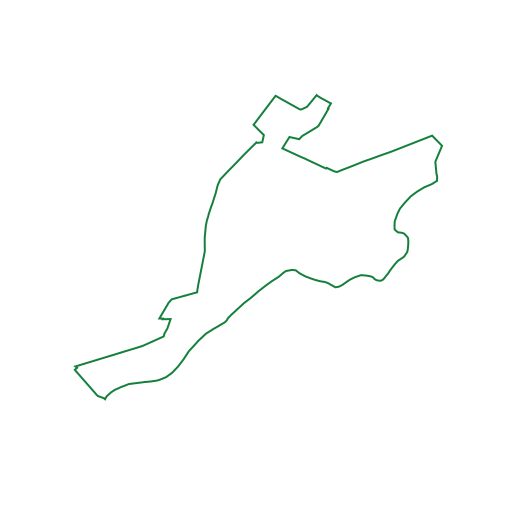 outline of Mazsalaca, Mazsalacas, Latvia, rotated 317°
{"feature_id": "27541924B66896474397363", "entity_name": "Mazsalaca", "entity_type": "district", "adm_level": 2, "iso_a3": "LVA", "parent_name": "Latvia", "parent_adm1": "Mazsalacas", "projection": "natural_earth1", "projection_center": [25.053, 57.863], "detail": "fine", "context": "isolated", "style": "outline", "palette": "green", "viewbox_px": 512, "rotation_deg": 317, "n_neighbors": 0, "source": "geoboundaries", "source_scale": "gbopen_adm2", "svg_char_len": 3655}
<svg xmlns="http://www.w3.org/2000/svg" viewBox="0 0 512 512"><g transform="rotate(317 256 256)"><path d="M439.7,324.5L443.1,320.9L443.5,320.1L443.5,319.7L451.4,309.4L467.2,302.3L467.2,300.8L466.9,288.1L427.2,272.4L426.0,271.9L415.7,267.4L405.3,263.0L403.4,262.1L401.5,261.3L401.0,261.1L400.6,260.9L399.4,260.4L399.0,260.2L394.3,258.4L391.2,257.2L385.6,255.0L384.6,254.6L378.7,252.2L372.5,249.8L371.8,248.8L370.9,247.4L367.8,239.7L366.9,239.8L366.6,239.1L366.3,238.4L365.1,235.6L364.0,232.7L363.1,230.5L362.2,228.3L360.8,224.8L359.4,221.3L358.0,217.7L356.2,213.7L354.3,209.1L353.5,207.1L351.3,201.7L351.2,201.5L351.1,201.3L351.0,201.0L350.9,200.7L350.1,198.8L349.3,196.8L349.0,196.0L348.7,195.3L350.1,194.9L355.2,193.5L361.6,191.8L366.5,198.9L366.8,199.3L367.1,199.8L367.4,200.1L369.6,199.9L371.9,199.8L388.9,203.4L390.1,203.4L390.3,203.5L390.6,203.4L391.6,203.1L392.7,202.8L399.4,200.8L408.6,198.0L409.4,197.8L409.2,197.2L409.4,197.1L409.6,197.0L412.3,196.3L414.9,195.5L414.1,193.5L413.2,190.5L413.0,190.1L412.9,189.8L412.4,188.2L411.9,186.7L411.5,185.7L411.2,184.7L410.7,182.8L410.2,181.0L410.1,180.4L410.1,179.7L409.3,179.8L399.1,181.2L396.7,181.5L395.1,181.7L389.5,179.9L388.7,179.4L388.0,178.5L381.8,159.3L379.6,152.2L378.9,152.3L355.2,156.4L343.7,158.4L343.9,164.6L343.9,165.9L344.2,172.9L341.2,175.0L338.1,177.1L335.9,175.5L333.8,173.8L333.7,173.5L333.7,173.2L332.2,173.3L330.7,173.3L329.0,173.4L327.4,173.4L318.3,173.7L315.8,173.8L313.6,173.9L303.1,174.5L298.1,174.7L293.2,174.9L286.8,175.3L282.0,175.6L279.2,176.9L277.2,177.7L276.6,177.9L273.0,180.2L269.3,182.6L259.3,188.2L259.0,188.3L258.8,188.5L257.8,188.9L256.8,189.4L250.2,193.0L249.4,193.5L248.6,194.1L248.1,194.4L247.6,194.7L247.3,194.9L247.0,195.0L244.6,196.3L239.8,199.8L230.9,207.7L225.9,213.1L222.4,217.0L220.9,218.3L215.5,222.2L203.9,230.6L195.3,236.8L190.8,240.2L188.2,242.4L164.8,230.2L160.2,230.6L143.4,235.6L142.7,235.8L145.2,238.3L144.6,238.6L150.5,243.9L141.7,248.6L136.1,250.3L133.7,251.9L111.6,244.4L95.4,236.5L49.4,214.0L48.6,213.6L48.9,215.8L45.8,215.7L44.9,246.5L44.8,247.4L44.8,250.3L46.9,254.6L47.8,256.2L47.9,257.8L51.0,256.8L57.0,256.9L61.4,257.6L62.1,257.8L65.9,259.2L67.9,259.8L71.7,261.4L75.6,262.9L80.4,266.3L81.0,266.8L83.8,268.8L86.4,270.7L88.6,272.2L90.7,273.9L94.0,276.4L99.0,279.8L101.8,281.1L102.6,281.4L107.6,283.3L115.3,284.2L123.5,283.7L127.6,283.0L133.3,282.0L142.1,279.8L150.9,279.2L156.0,278.7L166.3,278.7L166.5,278.7L169.8,279.3L173.1,280.0L175.2,280.3L176.6,280.7L179.6,281.4L187.0,283.0L187.5,283.2L190.5,283.2L193.3,282.3L196.8,282.2L198.3,282.1L200.4,282.2L201.8,282.2L205.8,282.2L206.3,282.2L213.9,282.3L214.3,282.2L222.4,283.0L227.9,283.3L233.6,283.5L238.4,283.9L243.2,284.3L246.2,284.7L249.1,285.1L249.7,285.1L258.4,286.7L262.7,286.9L263.8,286.9L264.6,287.0L267.6,287.4L272.8,290.7L275.0,293.2L275.3,293.5L276.0,298.1L276.5,299.7L277.2,301.7L278.0,304.0L278.2,304.5L278.6,305.5L279.6,307.3L280.3,308.9L281.1,310.4L281.9,311.8L282.1,312.3L283.3,314.4L284.7,316.6L285.0,317.1L285.2,317.5L285.8,318.3L286.3,319.0L287.5,320.5L288.7,322.0L290.2,325.0L292.7,333.0L295.7,335.0L299.2,336.0L308.3,337.3L313.7,338.9L319.7,341.6L323.1,345.3L324.4,347.0L326.0,349.1L327.0,351.3L327.0,353.5L327.6,355.8L328.8,357.5L330.1,359.0L332.1,359.8L333.2,359.8L334.6,359.8L337.9,359.2L340.7,358.9L343.7,358.1L346.9,357.5L352.0,356.7L356.2,356.3L363.7,357.5L369.4,356.2L371.6,354.6L374.8,351.8L377.2,349.4L379.5,346.5L379.7,343.6L379.6,340.6L378.3,338.2L376.0,335.6L375.6,333.2L375.5,331.1L377.7,328.6L380.9,325.4L388.5,321.4L393.7,319.5L401.4,318.5L409.8,317.9L417.7,318.8L425.9,320.5L433.5,323.3L439.7,324.5Z" fill="none" stroke="#15803d" stroke-width="2"/></g></svg>